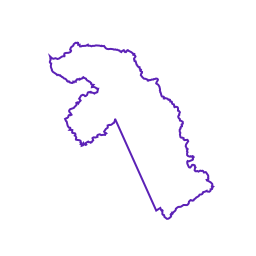 the district of Parauapebas, Pará, Brazil, rotated 66°
{"feature_id": "56859067B78091380909488", "entity_name": "Parauapebas", "entity_type": "district", "adm_level": 2, "iso_a3": "BRA", "parent_name": "Brazil", "parent_adm1": "Pará", "projection": "natural_earth1", "projection_center": [-50.55, -6.199], "detail": "fine", "context": "isolated", "style": "outline", "palette": "violet", "viewbox_px": 256, "rotation_deg": 66, "n_neighbors": 0, "source": "geoboundaries", "source_scale": "gbopen_adm2", "svg_char_len": 5719}
<svg xmlns="http://www.w3.org/2000/svg" viewBox="0 0 256 256"><g transform="rotate(66 128 128)"><path d="M125.4,177.5L125.5,176.2L125.2,175.3L124.3,175.1L123.9,174.7L124.9,174.6L126.3,173.5L126.2,172.9L125.6,173.1L124.5,172.5L124.2,169.9L125.1,169.5L125.6,168.2L126.2,168.1L126.2,167.0L125.5,166.0L125.1,164.8L122.8,164.6L122.6,164.0L122.6,163.0L123.4,161.8L123.7,159.5L122.3,159.1L122.0,158.1L122.3,156.3L123.6,155.4L124.2,153.2L124.9,151.8L124.4,151.6L124.1,150.0L123.5,150.3L123.4,150.9L121.6,151.3L119.9,148.7L119.5,146.5L119.0,146.1L117.4,145.6L117.5,143.8L117.9,143.4L118.2,142.2L117.9,140.4L117.6,139.9L117.6,138.7L115.6,136.7L114.3,136.1L214.9,135.8L214.2,131.0L216.6,131.1L217.0,130.1L217.5,130.0L218.0,130.7L218.4,130.6L220.5,131.6L221.5,131.4L222.0,130.6L222.5,130.5L223.9,130.9L226.8,129.4L227.2,128.3L227.2,127.3L226.6,125.1L225.9,124.3L224.5,124.3L224.1,123.8L224.6,122.8L224.4,122.1L223.2,122.1L223.5,120.9L222.8,118.6L222.1,117.6L221.2,117.1L220.6,114.9L220.6,114.1L220.8,113.3L221.2,112.7L221.4,111.4L220.9,108.7L222.4,105.4L222.2,104.3L221.8,103.8L221.7,103.3L220.1,102.3L219.3,100.2L220.1,99.0L220.5,98.9L220.8,97.6L220.1,96.6L219.7,94.8L219.3,94.1L219.0,91.2L218.0,89.7L218.5,88.1L218.5,87.2L218.0,86.2L217.6,86.1L217.1,85.3L217.5,83.9L217.4,81.7L217.8,81.8L218.5,81.1L219.3,79.6L218.9,78.3L218.3,77.7L217.6,77.5L217.9,76.0L217.5,75.6L216.8,75.6L216.2,74.1L215.8,74.5L215.8,75.0L215.3,75.1L214.6,74.2L213.3,73.8L211.4,74.5L209.0,76.2L208.1,77.2L207.4,77.2L207.6,76.3L207.4,75.5L206.8,75.1L206.0,75.1L205.5,74.6L203.9,74.1L200.1,74.8L199.7,75.4L199.6,76.7L197.7,77.0L197.3,77.4L197.1,78.5L196.3,79.4L196.5,81.4L195.5,82.1L195.3,83.3L194.9,84.0L193.6,84.3L191.9,83.1L191.4,82.3L190.5,82.7L189.4,82.2L188.9,82.5L188.0,83.6L187.9,84.7L188.8,85.7L189.4,87.4L188.7,88.2L188.1,88.3L184.7,88.3L183.0,87.7L182.4,86.9L183.2,86.1L183.4,82.0L182.9,81.3L181.9,81.1L181.4,79.9L180.8,79.8L179.9,80.5L180.0,81.6L179.3,82.2L179.5,82.8L179.2,83.3L178.1,84.5L176.8,85.0L174.9,84.2L174.3,83.4L173.2,83.6L172.2,82.8L171.9,82.3L171.3,82.1L170.8,82.8L170.3,82.6L168.1,82.7L166.6,81.6L164.6,78.4L163.9,78.4L163.0,78.5L162.0,81.4L160.9,81.9L160.0,81.3L159.0,82.1L158.4,83.4L157.6,83.8L154.8,83.1L154.1,82.4L153.4,82.1L152.5,82.3L150.6,81.5L149.9,80.2L149.4,80.2L148.6,79.4L148.4,78.0L147.9,77.7L146.9,77.8L146.5,77.4L146.4,76.3L146.1,76.0L144.5,75.5L142.7,76.9L142.3,77.5L140.8,77.0L139.8,77.6L138.3,77.6L137.7,77.3L136.9,75.8L136.3,75.8L134.7,74.2L133.3,74.5L132.5,75.3L130.7,74.4L129.5,74.2L128.9,74.5L128.0,75.7L128.0,76.9L127.6,77.1L125.1,76.5L124.2,77.6L122.6,77.7L122.2,77.3L121.7,77.4L121.0,78.1L120.9,78.6L119.3,78.2L118.9,78.6L118.7,79.6L117.4,79.9L115.9,81.7L115.9,82.9L115.6,83.3L114.3,82.6L113.8,82.8L113.1,84.1L112.2,84.3L109.2,83.8L108.5,84.0L107.6,83.6L106.8,83.7L105.7,83.0L103.0,82.5L100.8,82.8L98.8,84.1L98.0,83.5L96.5,81.4L96.0,81.0L95.5,81.0L94.9,81.3L94.2,82.3L94.2,83.6L93.8,84.7L94.0,85.3L93.4,86.6L93.4,87.8L93.0,88.7L93.0,90.4L92.7,90.7L91.9,90.4L90.1,92.1L89.5,93.3L87.7,94.1L84.9,94.8L83.7,93.8L83.3,92.8L82.5,92.4L82.2,92.8L81.2,92.9L81.0,93.4L80.5,93.4L79.9,92.5L78.8,93.2L77.1,92.7L76.7,93.5L75.4,94.1L74.5,94.0L73.7,94.4L70.2,93.9L69.6,94.8L69.0,94.8L68.3,94.4L67.5,94.5L67.0,94.2L65.8,92.1L64.8,92.1L64.3,92.2L63.3,93.3L62.7,92.4L62.2,93.1L60.1,94.1L57.7,96.1L56.9,96.4L56.7,96.9L57.7,98.8L57.2,99.1L57.4,99.8L56.8,100.1L55.2,100.2L55.3,102.3L55.9,103.2L54.9,104.0L54.0,104.1L53.5,104.5L53.3,105.1L52.2,105.8L51.8,107.0L51.1,107.5L50.7,108.9L50.0,109.5L48.7,111.6L47.9,114.0L47.1,115.1L46.0,115.9L43.3,116.5L43.1,117.5L42.1,118.7L42.3,119.2L41.2,120.5L39.5,123.7L39.3,125.3L38.5,127.1L38.5,128.1L37.4,129.2L36.8,130.7L36.5,131.0L35.6,130.8L35.6,131.6L35.8,132.0L35.6,133.6L34.4,136.5L34.4,137.5L34.0,138.6L33.0,138.7L32.2,138.3L31.7,139.7L29.9,139.0L29.5,139.4L29.3,140.6L28.8,141.3L29.4,143.5L30.5,144.5L31.1,147.1L31.4,147.6L32.9,149.0L34.0,148.5L34.4,148.6L35.2,149.8L35.1,151.8L34.2,154.1L34.0,155.6L34.7,156.3L36.3,156.6L36.6,156.9L36.1,157.8L35.9,159.5L36.5,162.7L36.3,164.3L34.8,165.8L34.4,168.0L34.1,168.4L33.1,169.2L30.9,170.1L32.4,170.3L33.2,170.8L33.9,170.8L35.9,172.6L37.1,172.5L37.8,171.9L40.1,173.4L41.5,173.7L43.9,173.8L44.4,174.1L46.1,173.8L49.4,171.7L50.8,171.2L50.7,170.7L51.3,169.7L51.9,169.4L52.3,168.5L53.0,168.5L53.6,167.9L54.5,167.6L54.8,167.1L56.8,166.2L57.6,165.2L59.0,164.6L60.5,164.5L61.1,164.1L61.2,163.2L61.7,162.7L62.3,162.9L62.7,162.6L63.9,161.2L64.3,160.3L64.0,159.5L63.5,159.2L64.1,158.7L63.7,158.3L63.9,157.6L64.5,156.9L63.8,156.5L62.8,155.0L62.9,154.2L63.4,153.9L63.3,152.5L64.1,152.4L63.9,150.6L64.1,150.0L63.9,149.0L63.5,148.8L63.5,148.2L64.1,148.3L64.4,147.6L65.9,146.3L66.5,146.4L68.1,145.9L69.1,144.9L69.7,144.8L70.2,144.1L71.9,143.4L72.5,143.8L73.4,143.6L74.5,142.0L75.5,144.1L76.0,144.4L76.2,143.5L76.1,142.8L76.8,142.4L77.1,141.9L78.2,141.0L78.9,140.8L79.1,140.3L79.9,140.2L80.1,139.4L82.8,141.5L82.6,142.1L82.8,142.8L82.5,143.8L82.9,144.6L81.4,145.9L80.4,147.7L79.8,147.4L79.6,147.8L79.6,148.6L79.2,149.6L79.3,150.3L81.1,151.9L81.6,153.7L81.4,154.3L80.4,154.6L79.3,155.7L79.3,157.6L81.4,160.7L81.9,160.3L82.9,160.4L83.6,160.1L83.9,160.5L84.4,162.1L85.4,163.4L84.0,163.8L84.0,165.0L85.8,165.5L86.2,166.0L87.1,168.5L87.5,168.9L87.6,170.0L87.3,173.2L88.0,174.5L88.5,174.9L89.3,175.0L91.0,174.5L92.9,174.2L93.0,175.3L92.2,176.5L92.4,177.2L93.8,178.3L94.1,179.4L94.0,180.8L94.1,181.8L96.4,181.8L97.1,181.4L101.4,182.2L103.5,181.9L104.3,180.7L105.6,181.0L106.0,182.0L107.2,179.7L109.5,180.9L110.1,180.5L111.2,178.7L111.7,178.5L112.7,178.7L113.3,179.7L114.0,179.2L115.6,179.1L117.0,180.2L117.6,180.2L119.4,177.4L120.3,176.6L121.0,176.6L121.8,177.3L122.9,176.6L123.5,177.8L124.6,177.0L125.4,177.5Z" fill="none" stroke="#5b21b6" stroke-width="2"/></g></svg>